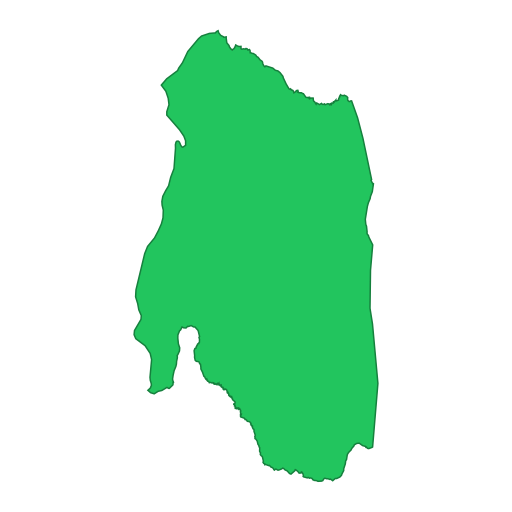 the district of Mwansabombwe, Luapula, Zambia
{"feature_id": "96606910B97208010005617", "entity_name": "Mwansabombwe", "entity_type": "district", "adm_level": 2, "iso_a3": "ZMB", "parent_name": "Zambia", "parent_adm1": "Luapula", "projection": "equal_earth", "projection_center": [28.784, -9.921], "detail": "fine", "context": "isolated", "style": "filled", "palette": "green", "viewbox_px": 512, "rotation_deg": 0, "n_neighbors": 0, "source": "geoboundaries", "source_scale": "gbopen_adm2", "svg_char_len": 6029}
<svg xmlns="http://www.w3.org/2000/svg" viewBox="0 0 512 512"><path d="M372.6,447.0L377.9,383.4L372.5,324.1L370.0,308.3L370.5,270.3L372.7,244.9L368.8,237.0L368.4,235.4L367.3,234.2L367.0,233.1L367.1,231.8L366.5,226.2L365.8,224.4L365.3,219.3L367.4,206.3L368.4,202.7L370.1,198.7L370.5,196.4L372.3,191.7L373.4,184.0L373.0,184.0L373.1,183.5L372.4,183.1L371.0,180.3L371.6,179.6L362.9,138.2L357.6,117.9L351.6,100.9L350.8,100.9L349.2,101.6L347.8,100.4L347.6,99.1L347.7,97.5L346.6,96.3L344.2,95.2L343.6,95.7L342.1,95.5L341.2,95.3L340.6,94.7L339.9,95.7L339.9,96.6L339.5,96.7L339.4,97.5L338.8,98.2L338.5,100.1L336.4,100.9L335.8,100.7L335.8,100.1L335.2,100.9L334.7,101.1L334.3,101.9L333.6,101.8L333.7,102.3L333.4,102.3L333.1,103.2L331.9,103.0L331.3,104.8L330.7,104.7L330.5,103.7L329.6,104.1L329.5,104.6L328.7,103.9L327.8,103.7L325.2,104.7L324.8,104.6L324.5,103.9L323.0,104.5L322.2,104.2L321.5,103.4L319.5,104.6L316.7,103.0L316.1,104.2L314.7,101.9L313.8,101.3L313.3,99.9L313.2,98.1L311.7,98.0L310.4,98.4L309.8,97.5L309.3,98.6L308.2,97.3L307.5,97.6L305.9,97.3L303.4,93.7L302.5,93.5L301.6,92.8L299.0,92.7L297.8,92.2L298.2,91.4L297.8,90.3L296.3,90.6L295.9,91.5L293.9,92.8L293.3,91.0L292.6,90.2L291.6,90.1L290.6,88.9L290.2,89.4L288.9,88.7L286.1,83.9L283.3,77.9L282.9,76.3L280.0,72.6L277.9,70.9L275.4,70.3L272.8,68.1L265.9,65.9L264.9,66.8L263.7,65.6L262.7,63.6L262.6,62.3L262.1,61.3L260.0,59.8L258.1,57.3L256.6,56.5L255.8,55.1L253.3,53.5L251.7,53.3L250.5,52.5L250.2,52.6L250.0,50.3L249.3,49.5L248.0,50.1L247.0,48.7L245.9,48.5L245.4,49.1L243.3,48.8L241.9,49.2L241.0,48.7L241.0,46.4L239.1,46.5L237.4,46.0L235.7,45.0L235.0,47.1L234.6,47.3L234.5,48.0L233.9,48.7L232.2,50.0L231.7,49.3L230.6,48.8L230.1,47.7L229.6,47.3L229.0,45.5L226.8,42.8L226.2,38.3L226.2,36.9L223.8,37.3L223.5,36.8L220.6,35.3L218.6,32.6L218.1,30.7L216.4,31.6L215.5,32.9L209.4,33.4L201.6,36.0L198.5,38.7L187.8,51.5L182.5,62.7L178.7,68.1L177.6,70.6L166.7,78.8L161.3,85.1L165.9,91.3L168.2,98.2L169.0,104.7L166.8,111.7L166.8,115.1L179.5,129.7L183.9,136.2L185.6,140.8L185.6,145.3L183.0,147.1L182.3,147.2L180.9,145.6L179.4,142.1L178.5,141.2L177.0,141.1L176.0,142.1L175.4,144.7L175.5,148.3L174.0,168.6L170.7,177.3L168.6,185.8L165.6,190.8L162.8,196.3L161.9,201.4L162.1,205.1L163.3,210.1L163.0,217.9L161.4,223.9L158.3,230.8L154.5,238.0L147.6,246.4L144.7,253.6L136.0,289.8L135.6,296.8L137.7,303.6L138.8,309.8L141.3,315.6L141.0,319.4L134.5,330.5L134.1,334.7L135.8,338.7L145.1,345.7L150.2,353.4L151.6,359.6L150.0,377.3L150.3,380.4L151.2,383.3L151.4,385.3L150.3,388.1L147.9,390.3L150.6,392.7L154.2,393.8L158.2,391.3L161.8,390.5L167.0,387.4L168.4,388.3L169.3,388.4L172.8,385.0L173.1,383.8L172.9,382.8L173.5,382.3L172.7,380.2L172.6,378.7L173.1,375.3L174.1,370.7L175.8,366.6L176.4,364.2L176.6,361.2L177.3,358.1L177.4,356.9L177.1,355.6L177.8,354.7L179.5,350.9L179.7,347.8L178.4,343.9L177.8,338.1L177.9,334.9L179.6,330.7L180.6,329.9L182.0,327.0L183.6,327.8L186.0,328.0L187.7,326.3L188.3,326.5L191.2,325.6L193.5,326.9L195.0,327.0L198.1,330.5L199.6,336.6L199.0,337.3L199.5,339.4L199.4,342.4L198.7,343.0L198.7,343.6L198.0,343.7L197.4,344.4L197.2,345.5L196.8,345.7L196.1,347.1L196.1,348.0L194.9,348.5L194.1,350.7L194.7,356.1L194.5,357.0L195.2,360.3L196.3,361.3L198.8,361.7L199.4,362.7L199.6,363.7L200.5,364.2L200.9,367.5L200.9,369.0L202.5,372.2L203.9,376.3L204.9,377.1L205.1,377.9L205.9,379.2L206.6,378.9L206.6,379.7L207.0,380.3L207.3,380.2L207.6,381.1L208.7,381.5L209.3,382.7L210.4,382.4L211.6,382.9L212.1,382.6L212.5,383.0L213.5,382.8L213.7,383.6L214.1,383.4L214.4,383.8L214.3,384.0L214.7,384.4L214.7,384.8L215.2,383.7L216.9,384.7L217.1,383.6L217.5,383.3L218.2,383.8L218.5,383.5L218.4,384.0L218.9,383.9L218.9,384.7L219.4,384.5L219.6,385.0L220.0,385.0L219.8,385.3L220.3,385.8L220.8,385.9L221.2,385.5L221.2,386.6L221.6,386.6L221.6,386.9L222.0,387.4L223.0,387.4L223.0,388.3L223.3,388.4L223.2,388.9L223.5,388.9L223.8,389.7L224.9,389.6L225.1,389.0L226.0,389.3L226.8,390.1L227.0,391.2L227.4,391.5L227.6,392.0L227.2,392.3L227.3,392.7L228.0,392.6L227.9,393.2L228.6,393.5L228.7,395.0L229.3,395.3L229.1,395.7L230.1,396.6L230.3,396.2L230.5,396.3L231.0,397.0L231.1,396.5L231.6,396.5L232.0,398.1L232.4,398.3L232.5,399.6L234.9,401.7L235.1,402.3L234.8,403.7L234.0,403.7L233.8,404.5L234.8,405.2L234.7,405.7L235.0,405.6L235.4,406.4L235.1,407.2L235.4,407.9L235.3,408.4L235.9,408.5L236.4,408.0L236.7,408.4L236.8,408.0L238.2,407.9L238.1,408.7L238.6,408.8L238.5,409.1L238.7,409.3L239.1,408.7L239.4,409.1L239.7,408.8L240.6,410.3L240.7,411.1L240.4,411.2L240.6,413.1L241.1,413.9L240.5,414.3L240.5,414.8L241.2,414.6L240.5,416.2L240.7,416.9L244.3,418.2L245.2,419.6L245.6,419.4L246.5,420.0L247.3,421.3L249.6,421.7L250.9,423.2L251.0,423.7L250.7,424.0L251.1,424.5L251.0,425.0L252.1,425.7L252.0,426.1L252.5,426.3L252.3,427.0L253.1,428.9L253.9,429.3L254.0,429.8L254.0,431.3L255.3,435.3L254.8,436.5L255.1,437.3L254.9,438.2L255.3,438.9L255.9,439.1L257.2,441.1L258.0,444.4L258.8,445.4L259.1,446.9L259.7,447.7L259.6,451.2L260.1,452.3L260.5,452.6L260.3,454.5L261.2,455.7L262.3,456.5L263.4,461.2L263.0,462.2L263.7,463.4L264.8,463.9L264.8,464.7L265.8,464.5L268.7,465.6L269.4,465.4L271.0,467.1L272.4,467.6L273.3,468.5L273.9,469.7L274.5,470.1L275.4,469.1L276.6,469.3L277.4,470.0L278.6,470.1L281.7,468.9L282.8,468.1L283.8,468.6L284.9,469.8L287.2,470.9L289.5,473.5L291.0,474.1L294.9,470.7L295.2,469.6L295.5,469.6L297.8,471.4L299.1,473.1L301.0,473.0L301.4,471.9L301.8,472.0L302.9,473.7L303.4,475.4L303.1,476.4L303.5,476.8L307.3,477.9L308.2,477.4L309.4,478.2L310.6,477.9L312.1,478.5L312.8,479.7L313.1,479.6L314.1,480.4L316.4,480.6L318.0,481.3L321.6,481.1L322.8,480.6L323.7,479.0L324.8,478.2L326.9,478.8L327.9,478.7L329.8,479.4L330.5,479.1L332.7,480.7L335.2,478.5L336.7,478.5L339.9,477.0L341.5,475.3L342.0,473.8L343.7,470.6L343.7,468.8L345.3,463.9L345.7,460.7L346.5,459.7L347.2,455.2L347.7,453.8L349.1,451.9L351.0,450.1L351.8,448.4L353.9,446.0L354.3,444.8L356.8,443.4L359.3,443.2L362.6,445.6L365.5,446.4L365.9,447.3L366.5,447.1L367.2,448.1L368.0,448.5L368.8,448.6L372.0,447.4L372.6,447.0Z" fill="#22c55e" stroke="#15803d" stroke-width="1.5"/></svg>